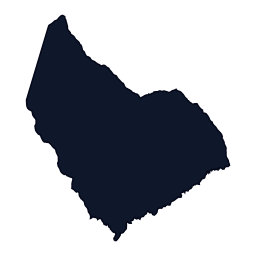 the district of Tacuru, Mato Grosso do Sul, Brazil
{"feature_id": "56859067B8752600934305", "entity_name": "Tacuru", "entity_type": "district", "adm_level": 2, "iso_a3": "BRA", "parent_name": "Brazil", "parent_adm1": "Mato Grosso do Sul", "projection": "equal_earth", "projection_center": [-54.957, -23.634], "detail": "fine", "context": "isolated", "style": "filled", "palette": "ink", "viewbox_px": 256, "rotation_deg": 0, "n_neighbors": 0, "source": "geoboundaries", "source_scale": "gbopen_adm2", "svg_char_len": 5091}
<svg xmlns="http://www.w3.org/2000/svg" viewBox="0 0 256 256"><path d="M64.7,16.6L63.5,15.9L62.7,15.4L61.3,15.8L60.3,16.5L59.6,17.3L58.7,18.2L57.8,19.3L57.1,20.1L55.9,20.6L54.7,21.0L53.6,22.1L52.6,23.0L50.9,24.2L49.8,24.8L48.9,25.5L48.1,27.8L26.5,100.0L26.6,101.6L26.7,103.8L26.9,105.9L27.3,107.1L27.8,108.3L29.0,109.4L29.9,110.0L31.1,110.5L32.0,111.2L32.4,112.8L32.8,115.0L33.6,116.3L34.6,117.7L35.6,118.7L36.2,120.4L36.1,121.9L36.1,124.0L35.0,125.9L35.3,128.3L35.7,130.3L36.5,131.8L37.5,132.9L38.2,133.9L39.2,134.4L40.7,135.3L41.2,137.2L41.9,138.5L42.5,139.9L43.5,141.3L44.4,142.0L45.6,142.0L46.6,142.2L47.7,142.4L48.7,142.4L50.0,143.5L51.4,144.8L52.3,146.2L53.2,147.1L54.1,148.0L55.2,148.8L55.9,150.1L56.2,151.6L56.7,153.0L57.4,154.4L58.2,156.0L58.5,157.6L58.4,158.9L58.5,160.3L58.4,161.7L57.7,163.1L58.0,164.8L58.2,166.0L58.9,167.2L59.8,168.7L60.5,170.7L61.5,172.5L62.9,173.6L64.1,174.4L65.8,174.3L67.0,175.6L68.4,176.1L69.8,176.8L71.5,177.3L73.0,177.9L72.9,180.1L72.3,182.2L72.0,184.1L72.1,186.2L71.9,188.4L73.6,189.4L74.4,190.0L75.3,191.1L76.4,192.0L77.2,191.5L78.3,191.9L79.2,192.8L79.2,194.5L79.5,195.9L80.4,197.4L81.2,198.7L82.2,199.3L83.0,200.3L84.0,201.2L84.7,202.8L84.8,204.2L85.4,205.6L86.3,206.7L87.3,207.8L88.0,209.4L88.5,212.0L89.8,213.8L90.3,214.9L90.7,216.6L90.5,218.4L91.4,218.0L92.3,217.1L93.3,217.0L94.6,217.3L95.9,217.5L97.3,218.2L97.6,219.5L99.2,218.5L100.5,218.3L101.7,219.5L102.1,220.8L103.4,222.3L104.2,224.4L105.1,224.6L106.3,225.2L106.7,223.8L107.7,224.5L108.5,225.7L108.9,227.0L110.2,227.5L110.4,228.9L111.2,229.7L111.9,230.6L112.7,231.6L114.0,232.4L115.1,232.4L116.1,234.0L115.4,235.5L114.9,236.9L113.9,238.3L114.2,239.8L115.2,240.6L116.3,240.5L117.2,239.5L118.4,238.0L119.1,236.9L120.2,235.0L120.4,232.8L121.7,233.1L123.0,232.6L123.9,231.6L124.9,230.2L126.2,228.8L126.4,226.5L126.4,225.2L126.4,223.4L127.2,221.4L128.1,222.2L129.0,223.1L130.2,223.2L131.2,223.2L130.8,221.8L131.2,220.5L132.8,220.3L133.5,218.6L134.3,217.6L135.9,218.6L136.9,218.9L137.7,217.9L138.6,218.3L139.9,219.2L140.6,217.3L141.8,216.7L143.4,216.4L144.5,214.7L146.2,213.7L146.8,212.2L147.6,211.0L148.6,211.7L149.7,212.8L150.9,212.6L152.0,212.9L152.7,214.5L154.2,215.1L155.7,214.0L157.0,212.1L157.3,209.7L158.4,208.4L159.8,208.0L161.7,208.2L162.4,207.2L163.5,206.3L165.0,206.5L166.0,205.4L167.2,204.7L168.9,205.0L169.9,205.0L170.4,203.8L170.9,202.1L172.2,201.1L173.5,200.7L174.4,200.1L176.1,198.7L177.5,197.8L178.5,196.9L179.9,197.3L181.2,197.0L181.5,195.1L180.5,194.2L181.1,192.8L182.1,192.4L183.1,192.1L183.5,190.9L184.7,192.5L184.9,190.8L186.6,190.6L188.0,190.9L188.5,189.6L189.7,188.9L190.9,188.4L191.8,187.4L192.0,186.0L193.1,185.6L194.1,184.6L195.2,184.7L196.7,183.7L197.9,184.1L199.3,184.3L199.1,182.7L199.9,181.7L201.0,180.2L202.2,178.6L203.5,178.4L204.6,177.8L205.0,176.4L205.2,175.1L206.3,174.3L206.5,172.8L208.0,172.7L209.6,172.7L209.8,170.9L211.0,169.9L211.7,170.7L212.6,169.4L213.9,169.4L214.8,170.0L215.7,169.0L216.9,169.6L218.1,169.9L218.2,168.6L219.4,168.8L219.8,167.7L220.8,167.8L221.8,168.3L222.5,169.1L224.0,169.0L224.7,167.5L225.8,166.6L228.2,166.4L229.5,165.2L229.1,163.7L228.5,162.2L228.2,160.4L227.6,159.2L226.8,158.0L226.0,156.1L226.0,154.3L226.0,152.5L225.8,150.4L226.0,148.8L225.9,147.4L224.8,145.2L224.2,144.1L224.0,142.0L223.2,140.6L222.5,138.9L221.6,138.3L222.3,136.6L221.5,134.4L220.5,133.1L219.5,132.0L218.6,131.1L217.3,129.7L216.1,127.8L215.3,126.7L213.8,125.4L213.2,124.3L212.3,124.1L212.3,122.3L211.3,121.7L210.5,121.0L209.6,119.9L209.1,118.4L208.3,116.9L207.6,115.7L206.2,113.9L204.7,113.2L203.3,113.3L202.7,111.9L202.4,110.0L201.5,109.6L200.4,108.5L199.1,107.2L198.5,106.1L197.8,105.2L197.2,103.9L196.1,103.7L195.1,103.7L193.6,104.1L192.2,104.1L190.8,102.9L189.2,101.9L188.5,100.8L187.5,100.6L186.9,99.1L186.0,98.3L185.1,97.6L183.9,95.7L183.1,94.5L182.3,93.7L181.0,92.3L180.2,91.7L178.6,91.2L177.0,90.5L176.1,89.3L175.1,89.9L174.0,90.3L172.8,90.6L171.9,91.0L170.6,92.0L169.2,92.5L168.1,92.3L166.7,91.7L165.3,91.4L164.1,91.0L162.6,91.3L161.2,91.4L160.0,90.9L159.1,91.1L157.8,91.7L156.1,91.8L154.1,91.9L153.1,93.2L152.0,93.4L150.8,94.1L149.8,94.7L148.9,94.0L147.5,95.1L146.3,95.0L144.9,95.6L143.2,96.6L141.8,97.4L140.7,98.4L139.3,96.8L138.4,95.3L137.2,94.2L135.2,93.8L134.1,93.0L133.2,92.7L132.2,92.4L131.5,91.2L130.6,90.7L129.4,89.8L128.1,89.2L126.2,88.2L125.1,87.3L124.4,85.9L123.9,84.7L123.2,83.4L121.8,82.7L120.4,81.2L119.5,80.2L118.6,79.3L117.3,77.9L116.7,76.5L116.0,75.7L114.4,75.2L113.1,74.3L111.7,72.3L110.8,71.2L109.8,70.3L108.9,68.5L107.8,67.7L106.6,67.2L105.7,66.3L104.8,65.5L103.3,65.3L101.8,65.9L100.7,65.8L99.8,65.0L98.7,64.3L97.6,64.1L96.8,63.3L95.8,62.7L94.8,61.8L93.7,61.3L92.6,60.8L91.6,60.4L90.9,59.6L90.1,58.1L88.6,57.0L86.9,56.6L85.8,55.5L84.9,53.7L84.3,52.0L83.3,51.1L82.3,50.0L82.0,48.3L81.5,46.4L80.9,45.1L79.8,44.4L79.2,42.7L78.1,41.5L77.1,40.6L76.3,39.9L75.4,39.1L74.4,37.3L73.6,36.2L72.0,35.1L70.7,34.4L70.3,32.9L69.4,31.5L68.3,30.5L67.6,29.2L67.4,27.6L67.4,26.1L66.9,24.6L66.5,22.9L66.0,21.3L65.7,19.8L64.9,18.6L64.7,16.6ZM208.0,172.7L207.1,171.5L208.1,171.4L208.0,172.7Z" fill="#0f172a" stroke="#020617" stroke-width="1.5"/></svg>